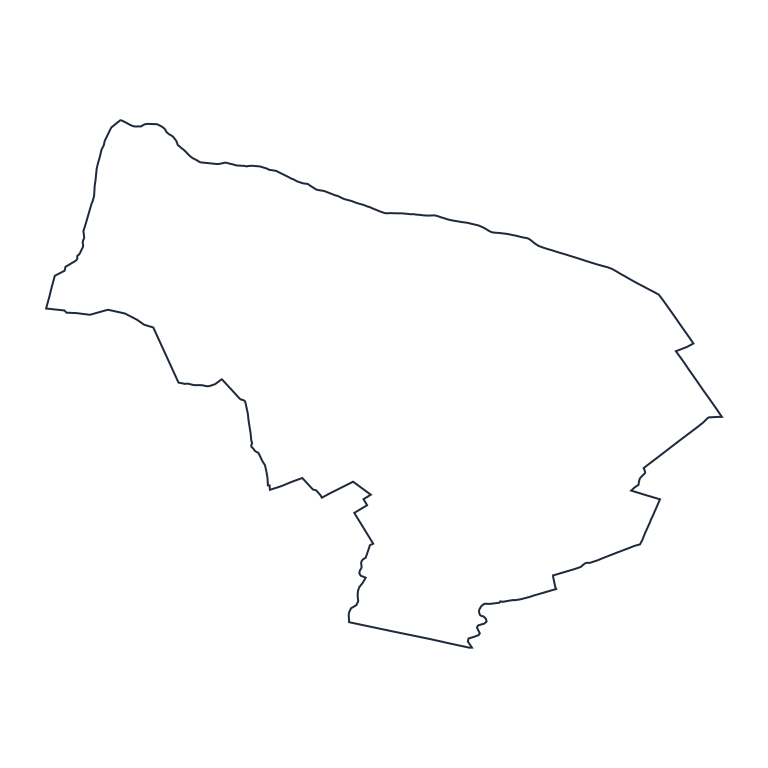 Piscolt, Satu Mare, Romania (Equal Earth projection)
{"feature_id": "2599482B22102589604948", "entity_name": "Piscolt", "entity_type": "district", "adm_level": 2, "iso_a3": "ROU", "parent_name": "Romania", "parent_adm1": "Satu Mare", "projection": "equal_earth", "projection_center": [22.262, 47.586], "detail": "fine", "context": "isolated", "style": "outline", "palette": "slate", "viewbox_px": 768, "rotation_deg": 0, "n_neighbors": 0, "source": "geoboundaries", "source_scale": "gbopen_adm2", "svg_char_len": 6081}
<svg xmlns="http://www.w3.org/2000/svg" viewBox="0 0 768 768"><path d="M660.0,499.3L645.1,494.9L631.2,490.6L634.3,487.7L635.2,487.0L637.2,485.7L638.4,485.0L638.5,484.8L638.9,482.2L639.6,479.0L640.7,477.4L642.9,475.2L644.5,473.7L645.0,473.1L645.2,472.5L645.1,471.9L644.8,471.1L644.5,469.9L643.7,468.0L655.3,459.2L666.2,450.8L680.8,439.6L688.1,434.1L698.7,426.1L703.4,422.3L707.2,418.5L708.7,417.4L717.6,416.9L721.9,416.9L715.5,407.5L711.1,401.3L709.8,399.4L703.4,390.5L696.8,380.9L687.1,367.1L686.6,366.2L682.3,360.0L675.9,351.2L686.8,347.0L689.5,345.6L693.4,343.5L690.5,339.2L682.0,327.2L673.0,314.2L663.8,301.3L658.8,294.6L645.4,287.5L637.7,283.5L634.4,281.7L631.0,279.8L625.3,276.5L623.3,275.4L620.4,273.8L618.0,272.3L612.0,268.9L609.9,268.1L608.1,267.4L605.9,266.8L604.3,266.4L597.4,264.5L590.9,262.5L574.4,257.2L570.4,256.0L566.1,254.6L563.0,253.7L556.6,251.8L552.1,250.3L547.5,249.0L544.0,247.9L538.2,245.8L537.7,245.3L535.0,243.6L534.1,242.9L531.3,240.6L530.0,239.6L528.7,238.8L527.6,238.3L521.5,237.1L518.6,236.4L518.3,236.2L507.6,234.0L507.1,233.9L499.5,233.0L494.0,232.6L491.6,232.2L488.8,230.8L484.8,228.3L482.6,227.2L479.6,225.9L478.3,225.4L471.5,223.8L467.4,222.8L465.4,222.5L461.2,222.0L459.2,221.6L454.4,220.8L451.6,220.3L449.7,219.9L447.1,219.2L445.0,218.5L442.4,217.7L440.7,217.2L438.0,216.2L434.7,215.4L432.7,215.4L428.2,215.6L426.2,215.5L423.1,215.3L420.4,214.9L417.3,214.7L412.4,214.1L411.8,214.2L411.5,214.3L407.8,213.9L402.8,213.4L400.0,213.3L396.6,213.3L392.5,213.2L390.7,213.1L389.2,213.2L386.1,213.3L385.5,213.2L384.8,213.1L380.1,211.5L375.3,209.5L371.8,208.1L370.7,207.5L369.7,207.1L367.5,206.5L366.9,206.3L365.3,205.6L363.8,205.0L359.4,203.8L355.4,202.5L351.6,201.0L350.5,200.7L346.2,199.6L345.0,199.3L343.8,198.9L340.8,197.5L339.9,197.0L338.1,196.1L337.6,195.9L335.6,195.4L334.8,195.2L333.8,194.8L332.5,194.2L329.8,193.2L323.9,190.9L323.1,190.8L321.7,190.6L319.8,190.3L318.2,190.0L316.8,189.7L316.0,189.4L309.9,185.5L307.7,183.9L306.5,183.8L304.6,183.6L303.5,183.4L302.4,183.1L301.3,182.8L298.5,181.8L297.4,181.5L295.2,180.3L293.9,179.6L292.8,179.1L291.6,178.7L289.5,177.6L288.8,177.2L284.2,174.9L278.7,172.2L276.4,171.0L275.4,170.7L274.4,170.6L272.6,170.3L270.9,170.0L269.5,169.9L267.9,169.1L266.1,168.3L263.7,167.6L262.2,167.1L261.1,166.8L260.2,166.5L256.2,166.1L254.2,166.0L253.6,165.9L252.2,165.7L250.4,165.9L248.1,166.0L246.9,166.4L245.8,166.2L243.8,165.8L242.5,165.8L238.8,165.6L237.5,165.5L236.1,165.3L235.1,165.1L233.7,164.6L231.9,164.1L230.7,163.9L229.4,163.6L226.9,162.9L225.7,162.7L224.9,162.7L221.5,163.5L218.2,164.0L217.7,164.1L211.8,163.5L205.0,162.8L202.8,162.6L201.0,162.4L199.6,162.0L196.9,160.3L192.5,158.0L190.2,156.3L189.5,155.6L187.7,153.9L187.0,153.1L186.7,152.7L184.2,150.3L183.4,149.5L182.1,148.6L181.4,148.1L180.3,147.1L179.0,145.9L178.6,145.6L177.9,145.2L177.6,144.7L177.3,143.5L176.7,142.0L176.4,141.1L175.9,140.4L175.5,139.9L174.4,138.4L173.4,137.1L172.0,135.9L171.3,135.4L170.6,135.0L169.8,134.7L168.9,134.1L168.3,133.6L166.5,132.0L166.2,131.6L165.6,130.2L164.9,129.1L163.6,127.9L161.8,126.6L160.1,125.7L157.2,124.3L156.3,124.1L153.4,124.1L148.0,123.9L146.2,124.0L144.8,124.3L143.3,125.0L140.9,126.5L140.1,126.4L138.5,126.4L135.6,126.5L134.1,126.4L131.5,125.5L130.0,124.8L125.2,122.2L121.3,120.3L120.1,120.4L111.3,127.5L109.6,130.9L107.2,135.8L104.7,141.0L103.8,145.2L101.5,149.7L99.9,156.6L98.2,162.4L96.7,168.5L95.5,180.4L95.4,181.0L94.7,185.7L94.1,195.8L92.8,200.7L91.4,204.2L88.2,215.2L86.2,222.2L83.4,231.2L84.2,237.4L84.0,238.5L83.1,240.3L82.7,242.7L83.1,244.9L83.1,246.1L82.8,247.3L82.3,248.3L81.0,250.8L80.4,252.4L79.3,254.1L78.9,254.7L78.0,255.2L77.5,255.6L77.3,256.6L77.3,257.5L77.3,258.3L77.0,259.0L76.6,259.9L75.2,261.1L71.7,263.1L69.0,264.8L66.5,266.2L65.5,266.8L64.6,270.7L54.8,275.8L51.8,286.8L49.2,297.3L46.1,308.5L64.5,310.5L66.5,312.7L69.6,312.8L76.4,313.1L89.9,314.8L102.3,311.3L107.4,309.9L108.7,309.9L124.9,313.5L137.1,319.8L144.1,324.7L153.3,327.5L178.5,382.6L185.0,383.9L187.6,383.6L193.9,385.1L197.0,385.1L202.0,385.2L205.7,386.0L208.0,386.3L210.0,385.9L215.0,384.2L221.7,379.3L222.0,379.4L238.4,397.2L239.2,398.2L239.4,398.3L240.4,399.2L241.2,399.6L242.5,399.8L244.2,400.6L244.6,400.9L244.9,401.3L245.4,402.5L245.8,404.1L247.9,414.1L248.5,420.0L250.6,433.4L251.3,440.5L252.1,443.2L252.0,443.6L251.4,444.8L251.3,445.3L251.2,445.9L251.4,446.5L251.9,447.3L253.4,448.7L254.7,450.7L256.6,452.0L258.4,452.9L260.4,456.9L261.7,459.7L262.7,461.7L265.0,465.2L266.6,472.5L267.5,478.0L267.9,485.4L269.6,485.4L269.8,488.8L270.0,489.7L270.0,489.8L281.2,486.2L291.6,481.9L302.3,478.0L312.9,489.5L316.1,490.3L320.4,495.1L321.9,497.7L329.0,493.8L353.1,481.7L370.8,494.7L363.5,499.2L367.1,505.2L354.3,512.9L373.2,543.7L370.1,545.1L369.5,545.9L369.4,547.0L365.7,557.7L363.2,559.2L361.7,560.9L361.1,563.1L361.3,564.2L361.6,567.6L359.8,570.7L359.3,573.2L360.0,574.5L360.7,575.7L365.7,577.7L362.6,583.0L359.3,587.1L358.0,590.8L357.6,595.6L358.2,601.3L356.3,605.2L351.1,608.2L349.3,611.9L348.7,614.5L349.1,622.2L391.7,631.2L406.4,634.2L429.8,639.0L449.0,643.3L469.4,647.7L471.9,647.6L467.9,641.6L468.5,638.5L471.8,637.5L475.4,636.4L478.7,635.0L479.8,633.3L477.0,627.8L477.5,626.2L478.4,625.3L484.3,623.6L486.6,621.6L485.9,618.8L484.8,617.7L483.4,616.4L482.6,616.2L482.0,616.1L480.8,615.6L480.3,615.2L479.6,614.4L479.4,613.2L479.1,612.1L479.0,611.7L479.1,610.3L479.4,609.4L480.7,607.1L481.3,606.2L482.0,605.5L483.0,604.8L484.0,604.0L485.4,603.7L487.3,603.9L488.6,603.9L490.9,603.8L499.5,602.7L500.3,601.4L502.1,601.6L502.3,601.9L513.2,600.0L513.6,600.0L513.9,600.1L514.1,600.3L520.0,599.4L525.6,598.0L531.7,596.3L532.8,595.8L556.2,589.0L555.3,587.1L554.7,584.3L553.1,576.7L553.1,575.3L553.9,575.2L574.1,569.2L577.4,568.1L579.5,567.4L580.3,567.1L581.1,566.7L581.5,566.3L583.4,564.6L584.6,563.7L585.3,563.3L586.0,563.0L586.6,562.9L587.4,562.8L588.2,562.8L589.5,562.9L590.7,562.6L597.9,560.2L600.9,558.9L616.7,552.7L629.9,547.7L634.7,545.8L638.4,544.8L639.9,544.5L642.3,540.1L645.0,533.2L645.2,532.6L646.1,530.9L650.3,521.5L650.8,519.8L651.7,518.1L651.9,517.9L660.0,499.3Z" fill="none" stroke="#1e293b" stroke-width="2"/></svg>